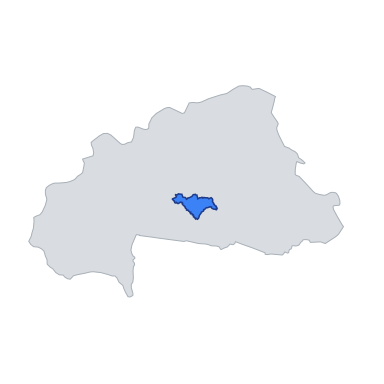 Bazega, Bazéga, Burkina Faso shown in context, rotated 8°
{"feature_id": "67063806B75312427459337", "entity_name": "Bazega", "entity_type": "district", "adm_level": 2, "iso_a3": "BFA", "parent_name": "Burkina Faso", "parent_adm1": "Bazéga", "projection": "albers", "projection_center": [-1.393, 11.898], "detail": "fine", "context": "in_parent", "style": "filled", "palette": "blue", "viewbox_px": 384, "rotation_deg": 8, "n_neighbors": 0, "source": "geoboundaries", "source_scale": "gbopen_adm2", "svg_char_len": 7774}
<svg xmlns="http://www.w3.org/2000/svg" viewBox="0 0 384 384"><g transform="rotate(8 192 192)"><path d="M289.0,241.9L278.9,242.4L275.3,243.5L273.1,243.5L273.0,242.6L272.7,242.0L260.0,239.0L251.1,237.2L242.0,235.2L241.5,237.1L240.2,238.4L238.3,238.5L236.9,238.2L236.0,239.7L234.5,241.6L232.4,242.6L230.4,243.8L229.2,244.8L228.4,244.8L226.3,242.4L223.6,242.1L218.4,242.6L216.1,241.9L213.0,241.6L205.5,242.1L193.6,241.1L191.7,241.6L191.1,242.1L179.4,242.2L166.4,242.3L155.5,242.3L146.0,242.4L146.0,242.0L143.0,241.9L142.6,242.7L139.9,252.6L139.6,258.1L141.0,261.4L142.6,263.6L144.4,264.5L144.6,265.7L143.1,267.2L143.2,268.8L144.9,270.5L145.3,272.2L144.4,274.0L144.6,278.4L145.9,285.3L145.9,289.8L144.7,291.8L145.2,295.3L147.5,300.3L147.9,302.4L147.1,303.3L145.2,304.6L143.2,304.6L140.9,301.6L139.9,300.2L138.0,297.2L136.5,294.1L134.4,292.8L132.3,291.5L129.7,287.6L127.3,285.8L124.7,286.3L120.9,285.5L113.2,284.5L105.0,284.7L101.6,285.6L98.2,287.0L89.6,290.0L86.2,291.5L83.6,295.3L80.7,295.2L77.8,293.9L76.0,292.2L72.1,292.5L68.3,290.7L64.7,287.3L62.1,286.2L58.7,283.7L57.8,279.1L55.7,275.8L53.7,271.2L50.8,269.2L47.4,268.0L42.7,268.2L39.6,266.3L37.2,263.6L37.9,261.4L39.0,258.1L39.2,255.0L40.0,249.9L39.7,243.5L38.9,239.1L41.5,237.3L44.5,235.7L46.4,232.7L48.5,225.9L49.3,220.1L48.8,217.9L47.8,216.2L47.0,213.7L46.6,210.6L47.2,207.9L49.5,205.4L52.4,203.4L54.4,202.4L59.8,201.5L66.5,200.0L70.3,198.3L73.1,196.6L74.7,195.2L76.4,192.4L79.0,190.2L81.0,188.0L81.3,181.8L81.4,178.3L79.9,176.3L79.1,174.6L89.0,169.9L89.1,166.5L87.8,162.6L85.9,159.5L85.2,156.9L88.0,153.8L90.4,151.5L92.2,149.5L96.1,146.5L100.1,145.7L103.8,146.9L114.5,154.1L116.3,154.6L118.6,154.1L121.4,152.2L125.1,150.8L126.5,146.0L126.4,139.0L127.3,135.7L129.3,135.2L135.4,136.6L137.0,136.6L138.8,136.2L140.2,135.0L140.1,132.7L139.8,130.7L141.9,124.2L145.6,119.3L153.1,113.2L155.4,112.0L158.1,111.4L171.4,115.6L173.5,114.6L176.8,104.2L180.4,103.2L184.7,103.0L187.6,102.1L189.0,101.4L195.3,97.4L206.5,92.0L212.5,89.7L213.7,88.8L217.9,85.0L223.6,80.6L227.2,79.7L232.3,79.4L235.4,80.1L236.3,81.3L237.3,82.0L243.9,80.1L253.2,83.0L261.4,85.9L260.9,87.7L260.8,91.0L260.2,96.2L259.4,102.4L262.8,106.4L266.8,110.7L267.9,112.4L266.9,116.6L267.6,119.1L269.8,123.2L273.4,128.5L277.2,133.9L279.8,134.6L282.2,135.0L283.7,136.0L285.9,136.9L288.1,137.5L289.9,138.7L291.2,139.8L292.8,143.2L297.0,145.3L299.9,147.5L298.7,148.6L295.1,148.2L291.6,147.3L291.2,148.9L291.1,155.0L291.7,160.2L292.5,160.8L296.0,161.7L304.3,168.3L311.8,174.5L314.3,176.1L318.5,176.7L323.1,176.9L325.1,176.3L329.5,173.1L331.9,172.7L334.1,172.8L335.3,173.3L337.5,175.8L339.5,179.7L340.1,182.6L340.0,184.1L339.3,184.7L335.6,185.5L334.0,186.1L333.7,187.0L334.3,188.9L335.0,190.2L339.1,195.8L345.0,203.3L346.8,205.2L345.8,207.5L342.9,213.5L340.8,216.0L331.1,224.5L326.3,223.5L316.2,225.4L314.7,223.4L312.3,223.2L309.4,223.6L308.4,224.3L308.1,225.2L307.0,226.3L305.2,229.7L303.8,230.5L302.0,231.1L299.8,231.0L298.5,231.5L298.5,233.1L298.1,234.6L296.7,235.3L296.1,236.9L296.2,238.5L295.3,239.2L293.4,238.8L292.3,238.4L291.3,240.5L290.0,241.9L289.0,241.9Z" fill="#d9dde1" stroke="#a8b0b8" stroke-width="1"/><path d="M173.9,202.2L174.0,202.3L174.4,202.4L174.8,202.8L175.0,203.1L175.6,203.3L175.6,203.5L176.1,203.8L176.1,204.1L176.3,204.3L176.3,204.6L176.3,204.8L176.5,205.0L176.9,205.1L177.5,205.2L178.1,204.9L178.2,204.7L178.3,204.5L178.6,204.8L179.1,205.2L179.6,205.4L179.9,205.4L180.4,205.1L180.8,204.7L181.0,204.3L181.5,204.2L181.6,203.8L181.7,203.7L181.9,203.7L182.0,203.8L182.3,203.8L182.5,203.6L183.0,203.7L183.3,203.6L183.4,203.8L183.5,203.8L183.8,204.0L184.1,204.2L183.9,204.3L184.0,204.5L183.9,204.7L184.0,204.9L183.9,205.1L184.0,205.2L184.1,205.3L184.3,205.4L184.4,205.7L184.6,205.8L184.9,206.0L185.3,206.4L185.7,206.6L185.9,206.5L186.0,206.6L186.3,207.1L186.5,207.3L186.9,207.5L187.1,207.7L187.3,207.7L187.3,207.8L187.5,208.2L187.4,208.5L187.5,208.6L187.6,208.8L187.8,208.9L188.1,209.1L188.3,209.3L188.5,209.3L188.8,209.6L189.1,209.9L189.1,210.0L189.3,210.2L189.2,210.4L189.1,210.6L189.4,210.8L189.5,210.8L190.0,210.7L190.3,210.5L190.5,210.8L190.8,210.8L191.0,211.0L191.4,211.5L192.0,211.6L192.7,211.9L192.8,212.1L192.7,212.2L192.7,212.5L192.9,212.8L193.1,213.0L193.4,212.9L193.5,213.0L193.6,212.9L193.6,213.0L193.6,213.4L193.8,213.7L194.0,213.5L194.5,213.6L194.8,213.5L195.0,213.6L195.3,213.7L195.3,213.8L195.2,214.0L195.3,214.2L195.4,214.6L195.5,214.7L196.0,214.5L196.3,214.5L196.5,214.4L196.7,214.6L196.6,214.9L196.6,215.0L196.8,215.1L196.9,215.7L196.8,215.9L196.8,216.3L197.0,216.4L197.3,216.4L197.5,216.4L197.5,216.5L198.0,216.7L198.1,216.8L198.0,217.1L198.4,217.4L198.6,217.4L198.9,217.4L199.2,217.4L199.1,217.6L199.3,218.2L199.7,217.9L199.8,218.0L200.7,217.9L200.8,218.0L201.1,218.3L201.3,218.2L201.6,217.8L201.6,217.7L201.8,217.5L201.7,217.4L201.7,217.2L201.8,217.1L201.9,216.9L202.3,216.6L202.3,216.0L202.5,215.5L202.5,215.2L202.5,214.8L202.7,213.9L202.9,213.6L203.0,213.2L203.3,212.8L203.6,212.3L203.7,212.2L203.8,212.1L203.9,211.7L204.1,210.6L204.7,210.3L204.9,210.1L205.0,209.9L205.9,209.4L206.1,209.1L206.2,208.7L206.2,208.4L206.0,208.1L206.0,207.8L206.1,207.7L206.9,207.4L207.1,207.2L207.6,206.7L207.9,206.4L208.0,205.9L208.4,205.5L208.7,205.4L208.8,205.4L209.3,205.4L209.7,205.4L209.9,205.2L210.2,205.1L210.4,204.9L210.8,204.8L210.9,204.7L211.1,204.7L211.3,204.5L211.5,204.2L211.9,204.0L212.1,204.1L212.3,204.1L212.7,204.2L212.8,204.2L212.7,204.3L213.0,204.5L214.1,205.4L214.4,205.6L215.1,205.7L215.9,206.0L216.4,205.9L216.6,205.9L217.2,205.8L217.3,205.8L217.6,205.9L217.7,206.0L217.9,206.0L218.0,206.1L218.3,206.2L218.7,206.2L218.9,205.9L218.9,205.5L218.9,205.4L218.9,205.2L219.0,205.1L219.0,204.9L218.9,204.8L218.7,204.7L218.8,204.6L219.0,204.5L218.9,204.4L218.8,204.2L218.6,203.8L218.6,203.7L218.3,203.5L218.2,203.5L218.0,203.4L218.1,203.2L217.9,202.8L217.9,202.7L217.5,202.7L217.4,202.6L217.1,202.5L216.9,202.4L216.8,202.2L216.7,202.1L216.2,201.8L216.0,201.7L215.9,201.6L215.7,201.5L215.4,201.2L215.5,201.1L215.3,201.0L215.3,200.7L215.1,200.5L215.0,200.4L214.9,200.3L215.0,200.1L214.8,200.0L214.7,199.8L214.6,199.7L214.1,199.4L214.0,199.1L214.0,198.9L213.7,198.7L213.5,198.4L213.6,198.0L213.6,197.9L213.7,197.6L213.7,197.3L213.6,197.1L213.6,196.9L213.4,196.8L213.4,196.7L213.3,196.3L213.1,196.0L213.1,195.9L212.6,195.5L212.3,195.4L212.1,195.3L211.8,195.0L211.6,195.1L211.1,195.3L210.9,195.5L210.6,195.6L210.4,195.8L210.2,196.0L209.7,196.4L209.4,196.1L209.2,195.9L208.9,195.8L208.7,195.8L208.5,195.7L208.4,195.7L208.1,195.6L207.8,195.7L207.7,195.6L207.4,195.7L207.0,195.7L206.6,195.9L206.3,195.8L205.8,195.8L205.7,195.9L205.3,195.9L204.8,195.7L204.4,195.8L203.9,196.4L203.8,196.5L203.6,196.6L203.4,196.4L203.2,196.0L203.1,195.9L202.4,195.9L202.2,196.1L201.8,196.4L201.7,196.5L201.4,196.5L201.2,196.5L200.1,196.7L199.9,196.9L199.5,197.5L198.9,197.8L198.7,197.9L198.7,197.4L198.3,197.1L198.2,196.9L198.1,196.3L197.5,195.0L197.4,194.8L197.4,194.4L197.1,194.3L196.5,194.4L196.3,194.4L195.8,194.3L195.7,194.2L195.5,193.9L195.4,194.0L194.0,194.3L193.8,194.4L193.6,194.6L193.4,194.7L193.2,195.0L192.9,195.7L192.5,196.4L192.4,196.5L191.7,196.9L191.3,197.3L189.8,198.2L189.6,198.3L189.1,198.3L188.8,198.4L188.7,198.5L188.6,198.8L188.4,199.1L188.0,199.6L187.9,199.8L187.7,200.0L187.3,199.7L187.1,199.3L186.7,198.8L186.3,198.4L185.2,198.4L183.8,198.4L183.7,198.4L183.6,198.2L182.3,195.7L182.1,195.8L181.2,195.7L179.9,195.8L179.3,195.7L178.7,195.7L178.5,195.9L178.4,196.1L178.3,196.4L178.1,196.7L178.0,196.8L177.8,196.8L177.4,196.8L177.2,196.8L176.8,197.1L176.5,197.2L176.3,197.2L176.1,197.1L176.1,197.3L176.4,197.8L176.5,197.9L176.6,198.0L177.0,198.5L177.2,198.8L177.2,199.0L176.8,199.4L176.5,199.8L175.7,200.2L175.6,200.3L173.6,201.5L173.6,201.8L173.9,202.0L174.0,202.1L173.9,202.2Z" fill="#3b82f6" stroke="#1e3a8a" stroke-width="1.5"/></g></svg>